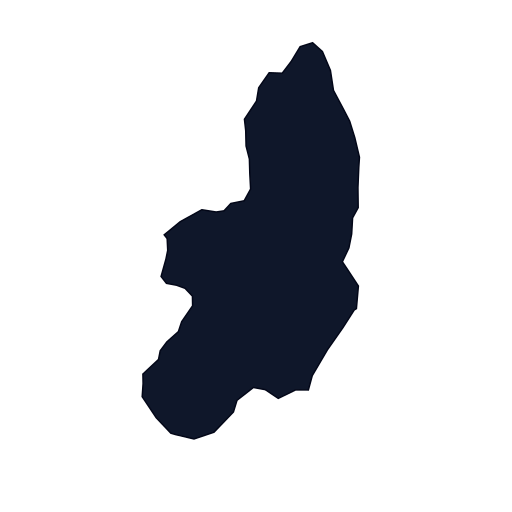 outline of Valdemarsvik, Östergötland, Sweden, rotated 52°
{"feature_id": "70781695B36298278943399", "entity_name": "Valdemarsvik", "entity_type": "district", "adm_level": 2, "iso_a3": "SWE", "parent_name": "Sweden", "parent_adm1": "Östergötland", "projection": "mercator", "projection_center": [16.563, 58.217], "detail": "fine", "context": "isolated", "style": "filled", "palette": "ink", "viewbox_px": 512, "rotation_deg": 52, "n_neighbors": 0, "source": "geoboundaries", "source_scale": "gbopen_adm2", "svg_char_len": 1027}
<svg xmlns="http://www.w3.org/2000/svg" viewBox="0 0 512 512"><g transform="rotate(52 256 256)"><path d="M343.2,432.2L347.1,429.4L362.0,417.5L369.0,397.6L365.0,369.8L358.0,359.8L358.0,339.0L367.0,331.0L381.9,326.1L385.9,307.2L393.8,297.2L384.9,285.3L373.9,257.5L366.0,231.7L359.0,211.8L359.3,209.3L342.7,193.8L324.4,192.3L313.7,191.5L306.8,177.8L297.6,167.1L285.4,156.4L280.8,145.7L264.8,133.5L249.5,120.5L241.9,113.7L223.6,105.3L207.5,99.2L195.3,96.9L173.2,93.0L155.6,83.1L135.8,77.8L122.8,80.1L118.2,92.3L124.3,108.3L128.1,122.8L119.7,132.8L124.3,147.8L125.1,150.3L134.2,160.2L141.1,180.9L151.0,187.0L163.2,196.1L175.5,201.5L186.9,209.9L199.9,219.0L205.2,231.3L199.1,243.5L200.7,253.4L196.8,260.3L186.2,270.2L182.3,294.6L182.8,315.3L187.6,315.3L197.2,322.1L203.0,328.9L213.7,343.4L222.4,343.4L230.1,336.6L237.8,331.8L248.5,330.8L256.2,336.6L262.0,355.0L267.8,363.7L268.8,379.1L271.7,389.8L277.5,396.5L279.4,417.8L287.1,423.6L296.8,432.3L322.0,434.2L343.2,432.2Z" fill="#0f172a" stroke="#020617" stroke-width="1.5"/></g></svg>